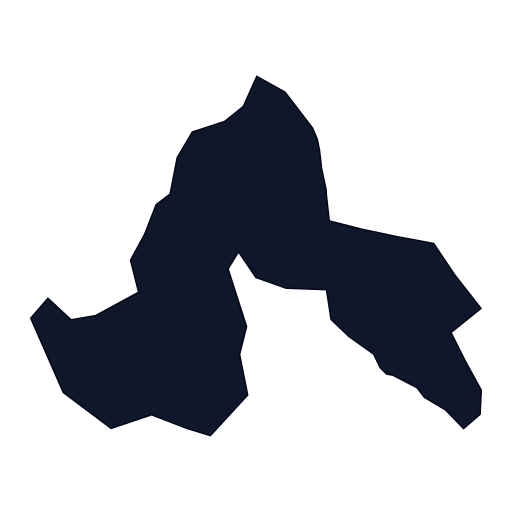 the Municipality of Siguldas
{"feature_id": "LVA-5778", "entity_name": "Siguldas", "entity_type": "Municipality", "adm_level": 1, "iso_a3": "LVA", "parent_name": "Latvia", "parent_adm1": "", "projection": "orthographic", "projection_center": [24.938, 57.102], "detail": "fine", "context": "isolated", "style": "filled", "palette": "ink", "viewbox_px": 512, "rotation_deg": 0, "n_neighbors": 0, "source": "natural_earth", "source_scale": "10m", "svg_char_len": 785}
<svg xmlns="http://www.w3.org/2000/svg" viewBox="0 0 512 512"><path d="M463.6,428.6L445.5,409.9L424.3,397.3L417.1,387.8L392.8,375.2L386.6,374.1L380.2,367.7L373.7,354.2L348.9,336.5L331.0,319.4L326.5,289.7L286.1,288.2L255.9,277.5L238.5,251.8L228.1,268.9L246.6,326.6L239.6,354.4L247.7,395.0L210.4,435.6L187.4,428.6L151.5,414.8L111.1,428.4L63.3,392.5L30.7,318.2L47.9,298.3L71.1,319.8L95.5,315.6L138.6,292.2L130.5,260.2L144.5,234.5L156.2,204.6L170.1,194.0L177.2,157.6L192.3,132.0L224.7,121.4L243.3,106.4L256.8,76.4L285.1,92.2L312.6,128.1L317.3,139.3L319.5,150.2L321.6,168.5L326.1,189.6L326.5,196.2L329.3,220.9L361.8,229.2L395.8,236.4L433.7,243.5L454.7,274.8L481.0,308.4L451.0,332.5L465.5,361.4L481.3,390.2L480.1,414.3L463.6,428.6Z" fill="#0f172a" stroke="#020617" stroke-width="1.5"/></svg>